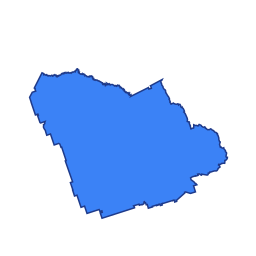 outline of Parkes, New South Wales, Australia, rotated 334°
{"feature_id": "25037944B17305446148962", "entity_name": "Parkes", "entity_type": "district", "adm_level": 2, "iso_a3": "AUS", "parent_name": "Australia", "parent_adm1": "New South Wales", "projection": "mercator", "projection_center": [147.963, -32.823], "detail": "fine", "context": "isolated", "style": "filled", "palette": "blue", "viewbox_px": 256, "rotation_deg": 334, "n_neighbors": 0, "source": "geoboundaries", "source_scale": "gbopen_adm2", "svg_char_len": 5774}
<svg xmlns="http://www.w3.org/2000/svg" viewBox="0 0 256 256"><g transform="rotate(334 128 128)"><path d="M180.0,99.4L166.7,99.9L166.8,100.3L166.4,102.6L163.8,102.1L164.1,100.6L144.6,100.8L144.9,100.6L144.9,100.1L144.6,99.9L145.0,99.5L144.2,99.5L144.2,99.0L143.7,99.0L144.2,98.1L143.8,98.3L143.3,97.9L143.9,97.0L143.4,97.1L143.4,96.2L142.8,96.2L142.6,96.0L142.4,95.3L142.1,95.4L142.0,95.0L141.6,95.0L141.7,94.6L141.3,94.5L141.3,93.6L141.1,93.5L141.2,93.3L140.9,93.0L141.3,92.6L140.9,92.1L141.4,92.1L141.4,91.6L141.2,91.2L141.0,91.6L140.5,91.1L140.5,90.9L139.8,89.6L139.9,89.4L139.6,89.2L139.7,88.9L139.6,88.4L139.2,88.0L138.8,88.1L139.0,87.4L138.7,87.2L138.9,86.9L138.7,85.8L138.0,85.9L137.7,85.6L137.9,85.3L137.4,84.9L137.0,85.4L136.5,85.1L136.0,85.4L135.7,84.7L134.8,84.6L134.9,84.1L134.1,83.9L133.6,82.8L133.1,82.1L131.1,81.2L130.8,81.4L130.7,80.4L130.4,80.6L130.0,80.2L129.2,80.3L129.4,79.7L129.2,79.7L129.2,79.4L128.9,78.9L128.9,79.3L128.5,79.3L128.8,79.5L128.5,79.7L128.0,79.3L127.4,79.6L127.7,79.1L127.4,78.8L126.9,79.0L127.1,78.7L127.0,78.2L126.6,78.7L126.3,78.3L126.2,78.8L125.9,78.2L125.4,78.2L125.3,77.9L124.9,78.2L124.5,78.0L124.5,77.6L124.8,77.6L124.5,77.0L124.8,76.2L124.4,76.1L124.0,75.0L123.4,74.6L123.4,74.2L122.7,73.4L122.7,73.1L122.1,72.8L121.9,72.3L121.3,72.0L121.2,71.3L120.7,71.2L120.1,70.5L119.7,70.6L119.5,70.4L119.3,70.6L118.1,69.3L118.4,69.1L118.1,69.0L118.1,68.8L118.6,68.2L118.3,68.1L118.0,67.6L118.5,66.9L118.2,66.8L118.5,66.1L118.3,65.5L118.1,65.3L117.9,65.5L116.8,65.3L116.6,65.0L116.9,64.7L116.6,64.5L115.9,64.6L116.0,64.9L115.8,65.1L115.4,64.6L114.9,64.7L114.6,64.2L113.7,64.0L113.5,63.0L112.6,62.1L112.6,61.7L112.4,61.8L112.6,61.2L112.0,60.8L112.0,60.4L111.7,60.4L111.8,59.9L110.5,59.8L110.6,59.1L110.0,59.4L109.6,58.9L109.1,58.8L109.1,58.6L108.6,58.2L108.1,57.1L108.3,56.9L108.0,56.9L107.7,56.5L108.0,55.6L108.7,55.4L108.7,54.8L108.4,54.4L108.5,54.1L108.9,54.1L108.7,53.8L108.6,52.7L108.2,52.5L107.9,52.9L107.2,52.8L106.9,53.4L106.0,53.6L105.3,54.3L105.0,53.6L103.6,53.9L102.5,53.3L102.2,53.6L101.1,53.3L100.8,53.7L100.4,53.2L99.1,52.8L99.1,52.3L98.8,51.9L98.6,52.2L98.0,52.0L97.4,51.7L97.3,51.4L96.8,51.7L95.6,51.0L95.8,50.6L95.0,50.5L94.9,50.3L94.4,50.4L94.5,50.8L94.2,51.1L93.7,50.9L94.1,50.7L93.9,50.4L92.9,50.0L91.8,50.2L90.9,50.8L90.2,50.8L89.6,50.5L88.8,50.8L88.8,50.4L88.5,50.4L88.2,50.8L87.8,50.6L87.1,51.0L86.8,50.6L86.3,50.5L86.5,49.9L86.3,49.4L86.8,49.3L86.5,48.9L85.8,49.0L85.6,48.0L84.8,48.2L84.6,47.9L83.4,48.4L83.2,47.7L82.9,47.7L83.2,48.1L83.0,48.3L82.3,47.1L81.2,47.3L80.0,46.2L79.4,46.3L79.2,45.9L78.6,45.8L78.4,44.6L78.0,44.8L77.7,44.3L77.1,44.3L76.8,44.0L76.6,43.2L76.2,43.2L76.0,42.8L75.7,42.9L76.0,42.0L74.9,40.7L61.3,51.0L61.8,51.7L61.5,51.9L61.2,54.4L57.6,53.9L53.0,57.3L52.3,62.3L52.2,62.4L50.5,75.7L53.1,76.0L53.0,77.2L52.2,77.1L51.3,84.5L51.7,85.2L56.3,85.8L55.6,86.4L55.1,87.6L54.4,87.9L53.6,87.9L53.4,88.7L52.9,89.1L52.3,90.5L52.4,92.9L52.7,93.9L52.4,94.9L51.8,98.9L55.7,99.4L54.2,110.9L59.0,111.5L59.7,112.6L59.3,116.0L60.0,116.1L58.1,130.2L57.2,130.1L54.6,152.1L52.3,151.8L51.3,159.5L51.0,159.5L50.1,165.7L52.7,166.0L51.0,178.7L54.7,179.2L53.7,186.8L66.3,188.6L66.2,190.7L68.2,191.0L67.9,192.5L65.8,192.2L65.1,197.7L98.9,202.6L99.1,202.1L98.9,200.4L104.5,201.3L104.2,203.1L104.4,202.6L105.1,202.3L106.8,203.1L107.2,203.2L107.3,202.9L107.9,203.2L109.1,203.0L109.5,202.3L110.0,202.2L109.8,201.8L110.1,201.4L110.4,201.4L110.2,202.6L111.0,202.8L110.7,205.0L111.8,205.2L111.1,209.0L115.4,209.7L115.5,209.1L120.1,209.8L119.8,210.3L122.1,210.6L122.2,210.1L123.4,210.4L123.2,211.9L125.0,212.2L125.3,210.8L126.0,210.9L126.0,211.1L136.9,212.8L136.7,213.1L138.4,213.4L137.6,215.0L139.6,215.3L140.2,214.2L150.6,211.3L150.7,210.6L151.7,210.7L155.5,214.2L160.6,215.0L161.6,208.7L165.0,209.2L164.6,207.6L164.1,207.2L163.7,205.4L162.0,202.1L162.4,200.2L165.2,200.1L165.8,200.4L167.7,200.5L167.7,200.9L170.2,201.3L170.4,200.0L171.2,200.4L171.6,200.3L172.3,200.8L172.4,201.4L173.2,202.5L173.4,202.6L174.0,201.8L178.5,205.0L179.5,205.0L180.4,203.7L181.5,204.2L182.4,203.4L183.1,203.9L185.5,204.2L187.0,204.5L188.6,205.3L189.3,205.3L190.5,204.7L191.2,203.9L193.6,203.4L193.7,202.3L193.1,200.9L193.7,200.4L194.5,201.0L195.4,201.2L196.8,200.9L197.0,201.2L198.0,201.3L199.4,202.1L200.7,200.1L200.8,199.6L202.1,199.8L203.1,199.4L204.1,198.6L204.5,197.9L203.6,197.5L203.6,196.5L205.6,193.8L205.7,193.1L205.2,192.1L205.7,190.9L205.1,188.9L205.4,187.7L204.4,187.7L203.5,186.8L203.3,185.9L202.8,185.9L202.8,185.6L202.6,185.6L203.1,182.8L204.7,181.1L204.7,180.7L204.3,180.4L204.7,177.7L205.2,177.0L205.6,174.5L205.6,173.7L205.4,173.4L205.9,172.5L205.9,172.1L205.4,172.0L205.3,170.8L204.1,169.6L204.0,168.5L203.7,168.2L203.6,167.6L202.8,166.9L202.5,165.7L201.7,164.9L200.6,165.2L198.8,164.4L198.3,163.5L198.1,162.7L197.8,162.6L197.4,162.0L197.7,161.5L197.5,160.6L196.7,160.6L196.0,160.3L194.9,158.7L195.0,158.0L194.7,157.4L193.5,156.0L192.3,156.6L192.0,156.6L192.0,156.8L191.6,156.7L190.9,155.8L189.7,155.3L188.5,153.9L187.5,156.0L186.9,156.8L185.8,156.4L184.5,156.5L184.1,156.3L184.7,154.4L184.7,153.3L185.2,152.9L184.9,152.0L185.1,150.7L185.5,150.4L185.3,150.0L185.6,149.2L185.1,149.0L184.1,148.1L185.1,146.6L185.5,145.2L185.7,140.5L185.4,138.4L185.2,138.1L186.1,137.7L186.2,135.3L186.1,134.4L185.7,133.8L185.8,133.0L185.3,133.2L184.7,132.0L185.1,131.4L185.1,129.6L184.2,129.0L183.5,129.4L183.4,128.1L182.0,127.9L180.9,127.2L180.6,126.7L180.1,126.4L179.8,125.5L177.2,125.4L177.2,124.1L176.9,123.5L177.0,123.0L177.5,122.7L177.4,121.8L177.7,121.3L177.5,120.3L178.1,119.8L178.1,117.3L177.8,116.6L177.6,113.0L177.4,112.8L178.2,110.6L178.2,110.2L177.6,109.5L177.2,107.1L177.6,106.0L177.2,104.3L177.6,103.1L177.4,102.6L177.7,102.1L177.6,101.3L178.1,100.1L179.4,99.9L180.0,99.4Z" fill="#3b82f6" stroke="#1e3a8a" stroke-width="1.5"/></g></svg>